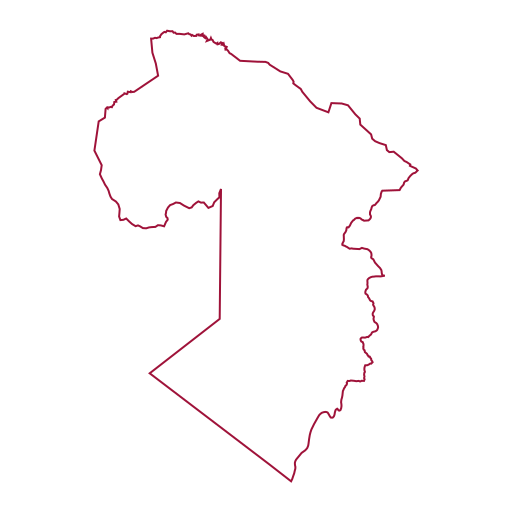 Anglimp/South Waghi District, Western Highlands, Papua New Guinea
{"feature_id": "67681753B93729898494529", "entity_name": "Anglimp/South Waghi District", "entity_type": "district", "adm_level": 2, "iso_a3": "PNG", "parent_name": "Papua New Guinea", "parent_adm1": "Western Highlands", "projection": "robinson", "projection_center": [144.62, -6.074], "detail": "fine", "context": "isolated", "style": "outline", "palette": "rose", "viewbox_px": 512, "rotation_deg": 0, "n_neighbors": 0, "source": "geoboundaries", "source_scale": "gbopen_adm2", "svg_char_len": 6021}
<svg xmlns="http://www.w3.org/2000/svg" viewBox="0 0 512 512"><path d="M224.3,46.0L223.7,43.7L222.9,44.9L221.6,44.7L222.2,42.9L220.8,42.3L218.9,44.0L217.6,44.3L217.4,42.9L216.3,43.6L213.6,42.0L212.5,39.9L211.5,39.6L210.9,38.0L210.2,39.7L206.8,41.0L207.6,39.2L205.9,36.8L205.3,38.1L204.1,37.2L203.8,36.8L204.0,35.6L202.9,35.8L202.7,33.8L201.0,34.7L200.9,35.7L198.9,35.4L198.7,34.4L196.7,34.7L196.4,35.9L193.8,36.0L192.2,35.0L191.5,35.7L190.5,34.4L189.2,34.2L188.3,33.3L184.3,34.4L180.0,33.9L176.5,33.9L175.0,32.5L173.6,32.7L172.5,31.2L170.2,31.3L167.1,30.7L165.8,32.3L164.4,31.9L163.2,32.7L161.4,34.2L160.1,36.1L160.0,37.2L158.2,37.5L156.6,38.1L155.0,37.8L153.1,38.6L151.1,38.6L152.4,52.7L155.8,63.5L158.1,75.7L134.2,91.8L132.4,92.0L130.9,91.3L130.7,92.2L127.8,91.7L127.4,93.7L126.8,94.1L124.6,93.4L124.6,93.6L118.4,98.1L116.8,99.7L115.8,100.0L116.3,101.7L114.3,102.0L114.0,104.5L112.6,105.6L111.9,107.2L110.6,106.9L109.2,107.5L107.7,107.3L107.6,108.3L106.9,107.6L105.6,108.9L104.9,117.6L98.7,121.4L94.4,150.6L101.7,165.2L101.0,170.1L99.9,174.2L101.8,178.4L103.5,181.5L105.0,184.6L107.3,188.0L108.6,190.8L109.4,193.6L110.5,196.6L112.0,199.0L115.9,201.5L118.3,204.4L119.7,209.0L119.4,213.2L119.1,216.5L120.4,220.1L123.4,219.8L126.2,218.5L129.0,221.3L132.0,224.0L135.6,226.2L138.0,225.4L140.0,226.3L142.9,228.1L146.2,228.3L149.1,227.4L151.7,227.1L155.4,226.9L157.9,225.2L160.8,225.4L164.1,226.3L166.0,221.9L167.7,219.7L167.5,218.1L166.2,216.8L165.6,214.5L166.0,212.9L166.2,210.9L168.0,207.5L170.1,205.1L173.1,204.0L175.9,202.5L179.9,203.0L184.0,205.6L189.2,208.2L191.7,207.4L193.3,205.2L196.2,202.8L198.4,201.4L200.9,202.6L203.8,202.5L206.2,205.3L208.4,207.9L212.7,206.0L214.2,202.3L217.3,199.2L219.4,197.3L219.3,193.2L221.0,189.0L219.7,318.9L149.7,373.3L269.1,464.2L291.1,481.3L292.2,479.1L293.2,476.1L294.2,473.3L294.9,470.2L295.3,468.9L295.4,466.9L295.1,465.7L294.9,464.0L294.9,462.7L295.3,461.2L296.1,459.6L301.6,452.9L305.0,450.5L306.3,449.2L307.3,447.9L308.2,445.6L308.5,443.8L309.1,439.1L309.8,434.9L310.5,432.2L311.4,429.5L314.1,424.0L317.6,417.8L319.2,415.1L320.5,413.8L321.8,412.8L323.6,412.2L325.3,411.9L326.7,412.1L327.7,412.6L328.7,414.2L329.7,416.0L330.7,417.5L332.1,417.7L333.0,417.4L333.9,416.3L334.5,414.7L334.9,412.3L335.4,410.6L335.8,409.7L337.2,408.7L337.6,409.0L338.0,409.7L338.8,410.5L339.6,410.6L340.5,410.0L341.2,408.1L341.5,406.0L341.4,404.2L341.1,402.3L341.2,401.1L341.4,399.6L342.0,397.6L342.4,395.6L342.9,391.0L343.4,390.0L344.1,388.2L344.9,387.3L345.4,385.9L346.4,385.1L346.9,384.0L347.0,383.5L346.7,382.7L347.7,380.9L349.0,381.0L349.9,380.9L350.8,380.5L352.9,380.7L354.0,380.8L356.3,381.2L358.8,380.9L359.8,381.4L360.5,381.4L361.5,380.8L364.0,380.9L364.2,380.3L364.6,379.4L364.4,378.7L364.1,378.1L364.5,376.4L364.1,374.9L364.3,372.9L364.8,372.2L364.9,371.7L364.4,370.1L364.4,368.1L364.6,367.1L365.2,365.3L367.4,365.2L369.4,364.2L370.0,363.7L370.5,363.5L371.3,363.6L371.9,362.9L372.6,362.2L372.2,361.3L371.2,359.9L371.2,359.2L371.1,358.6L370.1,357.6L369.9,356.8L369.6,356.5L368.9,356.7L368.4,356.4L368.0,355.4L367.4,354.9L367.0,353.8L366.4,353.3L364.9,352.1L364.6,350.3L363.8,349.7L363.3,348.7L363.5,347.8L363.2,346.9L363.5,346.2L363.5,345.3L363.5,344.1L363.0,342.9L362.8,342.2L362.4,341.9L361.5,341.7L361.1,341.2L360.7,340.3L360.5,339.0L361.1,338.1L362.0,337.5L365.2,337.6L367.2,336.9L368.2,337.1L369.6,335.6L371.0,334.5L372.0,332.5L373.1,331.9L374.1,331.6L375.4,331.3L376.5,330.6L377.2,329.9L377.8,328.4L378.1,327.2L377.9,325.9L377.2,324.1L376.2,323.0L375.2,322.4L374.5,321.9L374.2,321.3L373.7,319.9L373.5,318.8L373.7,317.8L373.9,316.7L373.5,316.0L372.9,315.5L372.7,314.5L372.7,313.5L373.1,312.5L374.2,310.8L374.7,309.5L374.7,308.1L374.2,306.6L373.3,305.3L373.1,304.5L373.5,303.4L373.3,302.8L373.0,302.4L372.9,301.9L372.6,301.4L371.3,301.1L370.5,300.7L369.9,300.0L369.1,298.3L368.1,297.1L367.8,295.6L367.1,294.7L365.5,293.6L365.3,292.7L365.4,291.5L366.0,289.7L367.4,288.4L367.7,287.3L367.7,286.4L367.3,284.5L367.4,284.1L367.5,282.9L367.4,281.6L367.4,280.1L367.9,279.2L369.2,278.0L371.0,277.1L372.4,276.7L374.1,276.6L375.2,276.4L376.9,276.3L380.7,276.4L384.8,275.7L383.0,275.4L382.4,275.0L382.0,274.2L381.7,272.6L381.6,271.3L381.3,270.0L380.0,268.0L378.0,266.0L375.0,262.6L373.3,259.3L371.5,258.2L371.1,257.1L371.5,255.9L371.5,254.7L371.3,253.2L370.9,252.3L370.1,251.3L369.1,250.3L367.5,249.2L364.2,248.6L361.9,247.9L359.5,249.1L353.0,248.7L351.7,248.4L349.6,248.7L346.7,246.8L345.7,246.4L345.0,245.9L343.1,245.3L342.7,245.0L342.3,244.8L342.4,243.5L342.7,243.2L342.9,242.5L343.7,241.2L343.9,239.2L343.8,236.9L343.8,235.9L343.7,235.1L344.0,234.1L345.6,231.9L346.4,230.0L346.4,229.0L346.8,227.5L347.2,227.2L347.3,227.2L347.5,227.4L348.5,227.4L349.9,225.6L351.1,223.0L351.5,222.4L353.2,220.3L353.9,220.0L355.1,218.7L356.9,217.9L357.7,217.9L357.8,218.1L358.1,218.1L358.2,217.9L359.2,217.9L360.3,218.3L361.0,218.8L361.5,219.4L362.9,220.1L363.2,220.1L363.4,220.4L364.1,220.7L368.5,220.4L369.8,219.2L370.5,218.3L370.9,217.2L370.9,216.3L370.7,215.7L370.0,214.4L370.0,212.3L370.3,211.2L371.3,209.0L371.6,207.6L372.2,206.2L372.5,205.9L373.7,205.2L374.3,205.2L375.0,204.9L376.0,203.7L376.6,202.9L377.4,202.2L378.8,200.5L380.6,196.8L380.9,193.8L381.7,191.5L382.3,190.7L399.6,190.1L399.9,189.7L400.4,188.5L401.2,187.3L403.6,184.6L404.1,182.6L404.9,181.5L405.4,181.2L406.2,181.0L407.5,180.4L408.0,179.7L408.3,178.6L408.7,177.9L410.4,175.8L412.4,173.9L413.4,173.3L415.1,172.8L415.4,172.6L416.3,171.8L417.3,170.7L417.6,170.5L415.9,168.5L409.9,165.8L410.3,164.5L406.6,162.0L404.4,161.0L401.9,158.3L393.7,151.7L390.8,152.0L389.3,152.1L386.9,150.1L385.8,145.1L379.5,143.1L375.1,141.2L372.2,138.7L371.1,134.4L360.3,124.6L359.7,118.6L355.3,114.3L348.0,105.3L341.7,103.5L331.4,103.1L328.4,112.3L316.5,107.8L310.2,101.4L302.3,91.8L300.8,89.0L296.0,85.5L293.3,83.4L293.6,81.7L292.8,80.1L288.0,73.8L280.3,71.4L269.7,64.7L268.2,62.9L265.5,61.9L257.2,61.7L240.1,60.8L231.1,53.9L229.6,53.2L228.0,50.7L226.5,49.3L225.5,49.6L225.3,48.4L226.2,48.1L226.7,46.9L224.3,46.0Z" fill="none" stroke="#9f1239" stroke-width="2"/></svg>